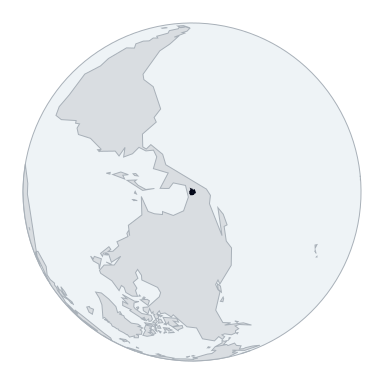 Hidalgo highlighted on a globe, orthographic projection, rotated 194°
{"feature_id": "MEX-2730", "entity_name": "Hidalgo", "entity_type": "State", "adm_level": 1, "iso_a3": "MEX", "parent_name": "Mexico", "parent_adm1": "", "projection": "orthographic", "projection_center": [-98.728, 20.492], "detail": "medium", "context": "on_globe", "style": "filled", "palette": "ink", "viewbox_px": 384, "rotation_deg": 194, "n_neighbors": 0, "source": "natural_earth", "source_scale": "10m", "svg_char_len": 9831}
<svg xmlns="http://www.w3.org/2000/svg" viewBox="0 0 384 384"><g transform="rotate(194 192 192)"><circle cx="192" cy="192" r="169" fill="#eef3f6" stroke="#a8b0b8"/><path d="M31.5,244.4L31.9,245.6L31.5,244.4ZM250.7,223.9L246.8,222.6L243.4,228.0L229.6,221.5L224.0,212.1L178.7,198.3L173.3,193.2L172.2,184.8L152.3,156.9L163.1,183.1L156.3,178.0L150.0,168.6L152.5,166.4L146.9,152.7L140.1,147.3L136.2,130.3L142.7,109.5L145.5,112.9L146.7,108.0L143.3,103.6L140.7,102.1L140.4,83.1L130.5,72.8L122.8,74.4L128.1,70.7L110.4,77.5L102.1,77.3L114.3,74.8L117.8,72.5L113.6,70.7L116.2,68.0L115.7,65.8L119.2,63.0L126.0,62.3L128.4,60.6L125.3,59.5L126.8,56.4L131.1,58.2L134.2,53.0L146.3,52.1L154.7,61.2L164.3,60.0L180.5,68.3L181.9,65.8L188.9,68.1L193.1,66.3L195.0,68.8L196.7,65.2L194.3,63.3L194.2,61.2L196.5,60.1L199.2,63.0L198.5,64.0L200.4,64.3L200.8,66.3L201.9,64.6L204.9,68.6L205.3,63.2L210.5,65.1L211.6,68.2L207.1,69.7L198.4,82.4L198.1,86.8L202.3,91.1L219.4,94.5L220.9,99.0L226.1,103.7L227.3,100.1L223.6,95.2L227.2,90.2L222.2,85.4L223.0,82.8L219.6,77.6L224.9,76.5L231.8,78.5L234.8,83.0L237.9,84.2L238.9,78.7L248.3,86.5L260.9,91.0L262.8,93.6L259.6,99.9L249.8,102.3L245.6,112.4L253.2,104.3L257.8,111.5L260.6,112.2L263.1,111.2L263.3,107.9L265.9,110.3L259.4,118.8L256.9,116.7L259.0,113.9L254.4,115.4L250.1,122.0L252.8,125.6L243.4,133.3L245.2,136.1L244.1,139.7L241.9,134.5L245.7,144.3L235.1,157.6L240.1,175.4L229.9,162.5L223.1,161.8L215.2,163.0L215.9,165.9L204.5,164.7L195.6,171.7L194.3,186.2L199.9,196.8L212.4,196.3L215.2,189.9L223.8,187.8L219.7,204.7L235.1,205.3L234.7,217.6L239.5,223.3L246.7,220.7L254.3,222.5L259.0,214.7L266.8,209.4L267.8,219.1L271.5,209.3L276.4,213.1L291.6,209.1L290.6,211.6L303.5,219.5L316.1,220.3L319.0,226.2L317.6,230.9L321.6,230.6L321.7,233.3L336.3,230.6L342.5,233.4L341.5,242.7L334.6,256.5L324.6,280.4L311.2,292.3L305.3,301.4L290.4,316.0L282.7,317.7L282.3,322.2L275.8,326.6L270.1,328.3L266.9,332.0L262.5,333.1L263.9,334.6L253.7,340.3L253.0,343.1L244.8,347.1L244.5,348.4L242.5,348.8L239.7,349.8L238.4,350.7L233.7,350.3L235.8,346.8L240.0,344.4L237.5,344.4L246.7,338.0L242.9,339.6L249.2,330.3L257.4,321.2L268.0,294.4L265.9,289.4L255.1,284.8L242.5,265.0L246.8,255.2L243.6,251.2L254.1,236.2L250.7,223.9ZM58.0,171.2L58.9,167.3L59.8,170.3L58.0,171.2ZM58.4,164.6L58.3,166.0L58.2,164.8L58.4,164.6ZM57.7,163.5L58.2,164.3L57.5,163.8L57.7,163.5ZM56.5,162.5L57.2,162.9L57.1,163.0L56.5,162.5ZM240.3,181.6L257.8,187.6L248.9,190.2L250.4,188.3L245.8,185.4L237.4,183.3L229.3,186.3L240.3,181.6ZM55.2,159.8L55.0,159.1L55.7,159.0L55.2,159.8ZM245.9,170.6L243.0,170.4L245.7,169.9L245.9,170.6ZM139.2,101.9L143.0,103.9L145.1,109.0L141.6,107.6L139.2,101.9ZM135.5,93.0L138.0,92.8L136.4,97.6L135.5,96.2L135.5,93.0ZM116.7,76.4L119.3,77.3L115.9,77.4L116.7,76.4ZM115.0,66.0L113.4,66.7L113.8,65.3L115.0,66.0ZM217.0,78.6L218.3,78.1L218.2,79.3L217.0,78.6ZM214.3,76.9L213.3,78.6L211.9,78.1L212.5,77.0L214.3,76.9ZM119.5,59.8L120.6,57.7L120.7,59.7L119.5,59.8ZM215.9,74.9L209.5,77.0L207.0,76.1L207.4,71.4L215.9,74.9ZM122.0,56.3L124.6,51.5L121.4,52.4L132.1,47.5L126.3,52.9L126.9,55.2L124.6,54.9L122.0,56.3ZM192.5,63.2L195.2,65.2L190.9,64.7L192.5,63.2ZM189.7,63.4L176.4,65.7L173.5,62.5L178.6,62.2L173.1,59.4L178.3,56.7L182.4,57.7L183.3,60.1L184.6,57.3L189.7,63.4ZM137.5,45.8L139.2,44.7L138.8,45.8L137.5,45.8ZM193.9,60.4L191.4,60.9L188.7,58.2L193.1,56.6L192.6,58.0L193.9,60.4ZM169.2,60.1L168.0,58.0L171.8,55.1L171.8,54.0L178.1,56.4L169.2,60.1ZM194.3,58.0L195.4,55.9L198.7,56.2L196.1,59.7L194.3,58.0ZM186.2,58.3L185.1,56.9L187.2,57.1L186.2,58.3ZM211.1,56.9L208.2,57.3L206.6,55.9L211.1,56.9ZM195.6,55.1L194.4,55.0L193.5,54.5L194.8,53.3L195.6,55.1ZM180.4,54.4L182.2,53.8L178.0,53.2L180.7,51.4L184.4,53.4L183.9,51.7L184.7,51.2L186.9,53.5L180.4,54.4ZM193.3,50.8L199.0,53.2L204.6,52.5L206.2,53.7L196.9,54.6L193.3,50.8ZM189.3,52.2L192.2,51.6L192.7,53.2L191.2,54.6L189.3,52.2ZM181.1,49.5L176.1,51.8L175.4,51.3L181.1,49.5ZM194.8,50.3L193.4,49.7L195.2,50.0L194.8,50.3ZM185.2,49.3L183.5,50.1L182.8,49.5L185.2,49.3ZM192.1,48.1L193.9,48.8L192.9,49.7L192.1,48.1ZM188.8,48.4L188.3,47.4L191.4,49.6L188.2,48.8L188.8,48.4ZM184.9,48.6L183.9,48.5L185.7,48.3L184.9,48.6ZM194.8,44.5L199.0,47.1L196.8,49.0L193.0,46.2L194.8,44.5ZM240.5,351.4L233.6,350.8L238.0,350.9L243.4,348.8L246.1,349.6L240.5,351.4ZM255.6,345.4L260.5,343.6L260.9,343.7L257.6,345.1L255.6,345.4ZM301.6,63.4L301.4,63.3L304.6,66.0L308.4,69.5L307.1,68.5L312.8,75.1L326.6,92.0L328.5,96.3L327.2,97.2L315.5,84.5L312.5,76.6L308.3,72.7L303.3,70.3L302.8,68.4L300.3,66.6L298.7,63.9L290.7,57.2L288.1,54.5L279.6,49.6L277.1,47.7L282.9,51.0L285.5,52.2L278.5,46.9L275.5,45.2L270.6,42.6L269.3,41.8L265.3,40.0L258.7,36.8L263.5,39.5L257.8,37.3L250.9,34.5L249.9,34.4L261.2,39.2L264.9,40.8L266.7,41.2L277.7,46.9L281.2,49.4L273.1,45.8L277.3,49.3L269.1,45.7L243.5,33.9L235.6,30.7L233.8,28.5L238.8,29.8L241.9,31.0L244.0,31.3L241.4,30.5L240.3,30.1L234.6,28.6L233.6,28.3L229.9,27.6L227.9,27.0L230.3,27.5L220.2,25.5L214.7,24.6L213.0,24.4L212.6,24.4L208.4,23.8L221.2,25.6L233.7,28.3L246.0,31.9L258.0,36.5L269.7,41.9L280.8,48.3L291.5,55.4L301.6,63.4ZM205.7,23.6L206.7,23.7L205.8,23.7L201.7,23.7L199.6,23.4L200.8,23.4L200.4,23.2L205.7,23.6ZM199.2,23.2L199.6,23.3L197.7,23.4L196.7,23.2L196.9,23.3L195.3,23.3L191.8,23.2L192.6,23.5L177.9,25.8L169.6,26.4L170.3,25.5L157.8,28.5L149.4,30.0L151.1,30.0L146.2,32.1L148.8,31.6L149.2,31.8L137.9,38.4L133.6,40.1L130.6,43.9L131.5,44.1L134.5,42.9L132.1,47.5L121.4,52.4L120.0,51.7L114.2,55.7L111.8,53.9L107.2,54.6L108.0,51.1L104.2,52.4L102.4,53.9L96.0,57.2L89.1,59.7L102.7,51.0L114.7,48.3L110.5,48.6L113.8,46.7L113.8,45.9L110.6,46.5L108.8,47.7L116.0,41.5L114.1,42.1L125.5,36.7L137.2,32.2L149.3,28.5L161.6,25.8L174.1,24.0L186.6,23.1L199.2,23.2ZM360.4,177.7L360.5,179.2L359.5,176.1L353.4,160.6L351.2,150.1L347.2,140.9L328.9,97.2L329.2,95.3L321.3,83.2L329.3,93.5L336.4,104.3L342.7,115.7L348.1,127.5L352.6,139.6L356.2,152.1L358.8,164.9L360.4,177.7ZM340.0,115.6L341.6,118.5L340.0,115.6ZM292.0,208.8L293.9,210.2L291.6,210.9L292.0,208.8ZM248.2,194.5L251.6,194.1L253.6,195.4L251.0,196.3L248.2,194.5ZM276.0,189.5L279.7,189.5L276.1,191.2L276.0,189.5ZM260.5,188.3L273.1,189.8L265.9,194.2L257.9,193.4L263.2,191.5L260.5,188.3ZM245.4,176.6L247.6,177.0L247.3,178.9L245.4,176.6ZM247.9,170.3L247.1,170.6L245.8,169.3L247.9,170.3ZM258.1,111.0L258.8,110.4L261.6,110.0L260.8,111.5L258.1,111.0ZM271.1,101.2L274.9,105.3L271.6,103.2L271.2,105.9L263.8,105.3L263.3,94.8L264.9,99.5L271.1,101.2ZM253.7,102.2L258.4,103.3L253.2,102.5L253.7,102.2ZM288.6,61.5L289.8,61.2L293.2,63.7L296.4,68.4L291.6,64.7L288.6,61.5ZM290.8,60.5L281.9,56.4L279.5,53.8L282.4,55.9L281.7,54.5L286.1,57.6L292.6,59.6L296.0,62.0L300.1,68.5L296.9,64.9L295.9,65.1L290.8,60.5ZM263.1,55.0L259.2,54.4L259.1,49.3L262.8,50.5L266.3,54.9L264.0,56.1L263.1,55.0ZM217.9,66.6L216.4,67.6L215.6,66.7L216.3,65.1L217.9,66.6ZM209.9,57.2L223.6,61.9L222.6,63.1L231.8,65.1L232.8,69.1L226.7,67.6L234.4,72.4L229.3,72.7L234.8,75.8L221.3,72.1L217.0,72.9L221.4,70.3L220.7,66.5L219.1,65.1L211.4,62.0L201.9,62.4L199.6,59.1L200.6,56.7L202.5,56.1L203.4,58.3L205.4,55.9L208.1,58.8L209.9,57.2ZM212.9,36.6L213.1,38.4L217.5,36.1L220.3,38.0L220.6,37.7L224.4,39.0L229.5,40.1L230.1,41.1L231.8,41.1L234.3,42.1L236.9,42.6L238.9,44.8L242.3,45.6L241.3,46.2L246.5,47.1L243.5,47.4L246.5,49.1L247.8,47.9L252.1,60.7L256.2,66.6L261.3,71.6L255.5,72.1L247.0,68.1L238.1,62.4L235.0,57.0L232.9,58.5L230.8,56.4L233.3,56.1L228.2,55.4L227.1,53.7L219.2,50.1L212.5,50.7L209.4,49.6L211.5,48.5L207.0,48.2L208.9,45.6L206.8,44.8L206.6,41.7L211.9,40.4L209.1,39.7L208.8,37.6L212.9,36.6ZM195.0,43.6L200.7,41.1L205.0,41.1L203.6,46.6L205.3,47.7L204.6,51.7L198.3,51.8L199.1,50.6L198.4,49.4L200.7,49.9L198.4,48.7L199.4,47.1L197.8,45.8L200.1,45.3L195.0,43.6ZM316.8,78.1L317.2,78.5L314.1,75.3L312.9,74.0L315.1,76.2L316.8,78.1ZM309.4,70.6L312.6,73.7L311.4,72.6L309.4,70.6ZM281.5,50.0L279.9,48.7L280.8,49.2L283.0,50.6L281.5,50.0ZM226.7,32.0L226.1,32.6L224.9,32.4L220.7,32.8L218.3,31.7L220.0,31.0L226.7,32.0ZM223.4,30.9L221.9,31.1L221.7,30.4L223.4,30.9ZM216.4,30.9L215.6,30.1L217.5,31.6L216.4,30.9ZM201.1,24.6L209.7,24.9L214.3,25.0L214.5,24.7L217.9,25.6L210.8,25.3L201.1,24.6ZM181.0,25.5L180.9,26.2L178.5,26.2L178.2,26.0L181.0,25.5ZM182.7,25.7L187.1,26.2L185.5,26.9L182.3,26.3L182.7,25.7ZM205.5,27.5L208.3,27.6L208.4,28.1L205.5,27.5ZM32.3,247.2L32.7,248.4L32.7,248.2L32.3,247.2ZM31.9,245.7L31.4,244.5L31.5,244.4L31.9,245.7ZM103.3,48.2L104.2,47.6L105.6,46.9L96.9,52.3L103.3,48.2ZM137.7,44.8L139.1,44.7L137.2,45.5L137.7,44.8ZM150.7,31.5L151.0,31.9L148.8,32.5L150.7,31.5ZM150.5,33.6L152.9,32.6L151.3,33.7L150.5,33.6ZM157.9,30.5L154.2,32.2L156.5,30.5L157.9,30.5Z" fill="#d9dde1" stroke="#a8b0b8" stroke-width="1"/><path d="M191.1,190.0L191.1,189.7L191.3,189.6L191.5,189.9L191.7,190.0L191.8,190.0L192.0,189.9L192.3,189.9L192.4,189.4L192.6,189.3L192.8,189.5L192.7,189.6L192.9,190.0L193.0,190.0L193.2,189.9L193.3,189.8L193.2,190.1L193.3,190.1L193.6,190.3L193.4,190.7L193.4,191.0L193.0,190.9L192.8,190.9L192.9,191.0L192.7,191.2L192.7,191.3L192.8,191.2L192.9,191.3L192.8,191.5L192.6,191.6L192.5,191.9L192.4,192.0L192.6,192.4L192.8,192.4L193.0,192.1L193.7,191.4L193.8,191.4L193.8,191.5L194.0,191.7L193.9,191.9L194.0,192.0L193.9,192.2L193.7,192.3L193.6,192.5L193.4,192.5L193.3,192.9L193.6,192.8L193.7,193.0L193.6,193.4L193.5,193.5L193.3,193.9L193.6,194.4L193.3,194.3L193.1,194.6L192.7,194.6L192.4,194.5L192.2,194.7L192.4,194.3L192.2,194.1L192.1,193.9L191.9,193.9L191.7,193.8L191.5,194.0L191.4,194.0L191.3,193.9L191.4,193.7L191.3,193.4L191.2,193.3L190.9,193.5L190.7,193.5L190.6,193.8L190.4,194.0L190.2,194.2L190.1,193.9L190.0,193.7L189.8,193.6L189.9,193.3L189.7,193.0L189.4,193.0L189.2,192.8L189.1,192.6L188.9,192.5L189.0,191.9L189.3,191.8L189.5,191.8L189.6,191.6L189.9,191.5L189.8,191.4L189.9,191.0L190.0,190.9L190.2,190.5L190.3,190.4L190.2,190.2L190.4,190.1L190.6,190.2L190.8,190.0L191.1,190.0Z" fill="#0f172a" stroke="#020617" stroke-width="1.5"/></g></svg>